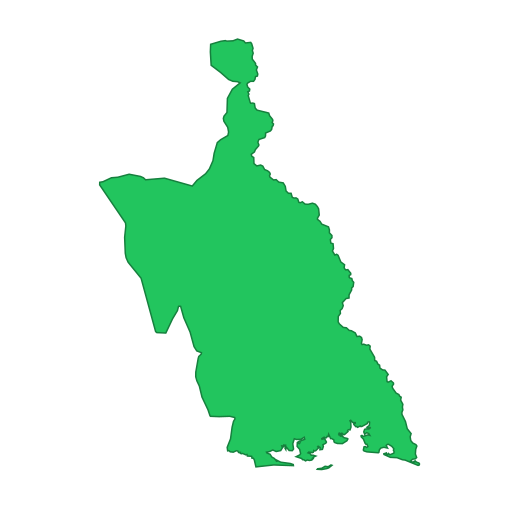 Govuro, Inhambane, Mozambique, rotated 87°
{"feature_id": "85939544B19130781251351", "entity_name": "Govuro", "entity_type": "district", "adm_level": 2, "iso_a3": "MOZ", "parent_name": "Mozambique", "parent_adm1": "Inhambane", "projection": "albers", "projection_center": [34.741, -21.317], "detail": "fine", "context": "isolated", "style": "filled", "palette": "green", "viewbox_px": 512, "rotation_deg": 87, "n_neighbors": 0, "source": "geoboundaries", "source_scale": "gbopen_adm2", "svg_char_len": 6129}
<svg xmlns="http://www.w3.org/2000/svg" viewBox="0 0 512 512"><g transform="rotate(87 256 256)"><path d="M466.6,267.1L465.6,249.2L467.3,229.6L466.2,229.7L465.0,232.6L463.2,242.1L460.9,246.1L462.0,245.7L462.1,246.2L459.2,248.2L457.5,250.8L454.7,252.3L453.4,255.3L452.4,255.8L452.0,252.7L450.6,249.4L452.3,246.1L451.6,241.5L449.0,239.7L447.0,240.2L447.3,238.9L446.2,238.3L446.3,237.8L447.4,238.1L446.4,237.0L446.5,236.3L449.5,237.1L450.8,236.4L447.9,236.1L452.0,233.1L452.3,229.9L450.7,228.6L445.4,229.1L440.5,227.3L441.3,225.4L441.4,220.8L439.5,217.3L441.6,216.9L443.2,221.8L444.7,221.8L445.7,222.6L445.1,223.7L443.7,223.3L444.4,224.5L448.3,224.9L451.4,222.5L455.7,221.8L456.9,222.7L458.5,226.4L460.6,221.1L461.9,220.1L462.0,218.8L463.2,217.3L462.4,215.4L463.0,213.3L462.7,211.1L460.8,210.1L460.7,209.6L461.4,209.6L461.0,209.2L459.8,209.0L458.9,206.8L457.9,209.4L457.9,211.3L456.3,212.1L455.3,214.4L454.5,213.4L455.1,213.1L454.8,211.4L455.4,210.3L455.0,209.1L453.2,208.5L453.8,207.6L453.5,206.5L450.8,203.5L449.7,204.4L449.2,203.9L450.6,201.9L452.8,202.3L452.6,199.8L449.7,198.7L448.0,199.1L446.6,196.1L445.5,195.4L442.6,196.8L442.0,197.9L442.5,199.7L441.8,199.9L440.5,197.4L441.3,196.3L441.1,195.1L439.9,194.5L440.1,193.4L437.8,192.8L442.3,191.0L442.3,189.9L443.7,187.9L445.7,187.8L446.5,187.0L447.5,184.4L447.9,179.6L445.3,174.9L443.5,173.8L442.9,174.5L442.1,177.5L440.3,179.6L440.3,180.7L439.6,180.2L439.8,179.4L438.9,180.0L439.3,182.3L438.2,182.8L436.6,181.8L438.4,182.0L437.4,179.5L438.9,178.0L439.0,177.0L436.1,173.3L435.3,173.7L434.3,172.9L434.6,171.2L431.8,170.1L427.2,170.1L425.4,170.8L425.0,170.0L427.4,168.0L427.6,165.6L428.2,165.6L428.6,167.1L429.4,167.1L431.7,165.2L431.6,164.2L432.4,163.5L431.2,160.7L431.8,160.3L431.8,159.3L429.2,153.7L427.9,153.3L427.4,151.7L427.9,151.2L431.1,151.7L432.8,154.1L433.6,152.4L433.2,150.4L434.7,152.3L434.4,154.9L434.8,156.6L437.3,157.6L439.7,156.8L438.2,154.8L439.2,152.7L441.1,151.7L440.5,153.6L441.8,158.3L440.7,159.6L441.1,160.5L442.1,160.4L444.5,158.3L448.9,156.8L449.8,156.0L449.8,155.0L452.2,154.2L453.0,155.5L452.0,156.8L452.2,158.1L455.4,159.0L456.3,158.4L457.4,155.5L458.9,144.2L458.6,143.6L455.9,142.9L454.3,141.3L453.7,138.3L454.7,134.7L452.0,135.9L451.0,134.7L451.0,133.5L453.2,130.3L455.8,128.4L457.1,129.0L458.6,128.3L460.1,128.7L461.5,132.7L460.1,134.1L461.6,135.4L461.1,136.0L459.5,136.1L460.2,138.7L460.9,138.6L464.1,132.4L464.8,125.7L467.1,120.5L467.6,117.8L473.6,105.1L473.3,104.0L472.3,103.6L471.3,104.1L470.2,106.6L468.9,107.8L469.7,109.6L469.8,108.3L470.7,109.5L468.7,112.3L467.1,110.2L466.9,107.5L465.6,106.1L462.1,107.2L457.3,106.6L454.2,105.3L452.7,106.2L451.0,109.2L448.4,111.1L444.6,111.5L441.5,110.4L436.4,114.0L429.1,115.4L421.6,118.6L419.5,118.4L417.4,117.4L414.5,117.7L411.8,117.1L407.5,119.1L404.6,118.4L403.6,119.8L401.8,120.6L400.2,123.3L395.1,126.5L393.2,126.9L391.1,125.3L390.0,125.4L387.7,127.7L388.9,130.6L388.3,131.7L383.4,131.9L381.2,130.2L376.7,133.2L376.4,135.5L374.4,138.1L371.5,138.3L370.2,140.0L367.4,141.1L366.6,142.9L363.3,142.9L354.9,147.2L352.0,146.7L350.6,148.2L350.9,150.3L349.7,153.0L350.0,154.7L348.8,155.3L345.1,154.4L342.9,154.9L341.5,156.7L341.7,159.4L338.0,160.9L335.6,164.7L335.2,166.8L332.4,169.5L331.9,172.6L328.2,176.3L326.1,177.4L320.6,177.0L317.8,174.7L314.8,174.8L313.1,172.8L310.2,171.5L307.1,172.2L303.2,168.3L302.8,165.3L299.6,165.1L295.0,162.3L292.8,162.1L291.6,160.6L287.4,159.8L285.7,161.1L283.5,161.5L282.7,163.7L281.9,164.1L280.2,163.9L279.6,162.4L278.2,162.3L274.4,165.0L274.6,167.0L273.9,167.8L272.3,168.6L269.4,168.0L266.4,171.6L259.6,174.0L258.5,175.4L259.2,177.2L255.0,179.4L252.5,178.2L247.8,178.4L247.0,180.6L243.4,180.9L241.7,179.2L239.5,179.1L236.7,181.5L233.8,181.3L230.7,182.1L227.6,188.7L224.8,190.2L222.6,192.7L221.4,192.6L218.4,190.7L212.2,191.0L209.9,192.1L207.4,194.0L206.2,196.9L207.1,201.1L206.8,204.2L204.3,206.9L205.1,208.9L204.7,210.4L201.3,211.3L200.1,212.9L200.1,215.1L199.3,216.7L195.2,217.7L195.1,220.3L192.6,222.6L188.0,223.1L184.4,225.0L183.4,229.4L180.8,231.9L181.0,234.5L177.9,238.0L176.5,238.3L174.9,237.5L173.2,238.1L171.5,240.0L170.1,242.9L166.6,244.5L165.4,246.6L166.1,250.5L163.6,253.2L157.5,253.1L156.2,255.0L154.2,255.4L152.0,252.1L149.8,251.1L146.1,247.6L145.2,247.3L142.4,248.2L139.8,247.0L138.2,241.1L136.6,240.2L133.7,240.0L131.9,235.1L130.5,233.8L127.3,233.0L126.9,232.2L125.1,231.6L123.6,232.9L121.8,232.1L120.5,232.3L116.6,235.1L113.9,235.8L110.4,247.3L108.1,249.1L103.7,249.6L103.1,251.2L103.2,253.3L102.3,253.8L95.3,255.4L94.0,254.6L91.6,255.6L90.9,253.9L89.0,253.5L86.9,255.4L84.1,256.1L82.9,255.3L81.3,252.4L81.4,249.3L79.6,247.8L76.8,247.1L76.4,245.2L74.4,244.7L70.2,245.9L67.3,244.6L65.4,246.4L63.6,246.4L59.2,249.4L56.5,249.4L53.3,248.2L50.7,248.9L48.4,248.1L43.8,249.2L42.4,250.1L42.7,255.4L40.6,257.0L38.4,263.1L39.9,267.7L39.9,273.9L39.3,275.3L39.7,279.8L42.2,290.2L49.8,290.9L63.2,290.8L70.8,281.8L78.3,274.1L80.3,270.0L81.0,265.2L82.3,262.8L88.2,270.9L97.1,276.3L111.2,277.5L114.6,280.6L116.9,281.4L119.8,281.0L126.0,277.5L130.8,276.9L134.2,277.8L138.0,285.2L140.7,288.7L151.2,292.4L158.6,294.0L166.6,298.0L171.2,302.0L177.4,311.0L182.8,316.0L173.5,343.3L174.1,362.3L172.0,364.3L170.5,367.2L167.7,378.4L170.1,389.8L170.3,396.3L173.8,404.9L174.2,408.2L176.8,408.4L216.1,384.6L219.2,384.4L230.5,386.2L246.4,386.4L250.9,385.8L255.6,384.0L272.2,371.9L326.2,360.2L327.3,359.1L328.2,350.1L314.3,342.6L306.4,337.3L302.7,336.2L302.1,335.8L302.3,333.9L313.9,331.3L328.5,325.8L343.3,322.6L347.7,320.1L349.7,315.5L351.2,315.9L353.3,318.4L355.3,319.1L368.8,322.2L373.4,322.5L377.5,321.6L382.9,319.4L394.1,317.3L407.0,312.0L413.1,310.3L413.7,309.9L414.5,301.2L414.7,290.5L416.2,285.7L417.6,285.5L419.9,287.1L425.6,288.8L437.3,291.0L445.6,294.8L449.1,294.5L449.0,293.1L450.2,292.0L450.7,288.9L449.4,285.8L449.9,284.3L451.3,283.7L451.3,281.9L452.1,282.1L452.7,281.1L452.5,279.6L454.0,276.7L453.7,275.4L455.3,275.1L455.8,270.8L457.7,270.6L457.8,269.2L459.4,268.4L466.6,267.1ZM472.2,206.0L472.7,201.6L472.0,196.4L471.4,194.4L469.0,191.1L468.6,192.1L470.2,194.9L469.6,198.0L471.4,201.4L471.7,205.6L472.2,206.0Z" fill="#22c55e" stroke="#15803d" stroke-width="1.5"/></g></svg>